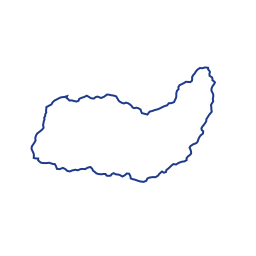 Benedito Novo, Santa Catarina, Brazil, rotated 65°
{"feature_id": "56859067B31440957886424", "entity_name": "Benedito Novo", "entity_type": "district", "adm_level": 2, "iso_a3": "BRA", "parent_name": "Brazil", "parent_adm1": "Santa Catarina", "projection": "equal_earth", "projection_center": [-49.441, -26.794], "detail": "fine", "context": "isolated", "style": "outline", "palette": "blue", "viewbox_px": 256, "rotation_deg": 65, "n_neighbors": 0, "source": "geoboundaries", "source_scale": "gbopen_adm2", "svg_char_len": 2879}
<svg xmlns="http://www.w3.org/2000/svg" viewBox="0 0 256 256"><g transform="rotate(65 128 128)"><path d="M135.0,209.7L136.4,207.3L136.6,203.9L138.7,202.2L141.3,201.1L142.8,199.0L142.9,196.4L143.6,193.3L145.1,191.4L145.2,188.3L146.1,186.0L147.2,184.2L146.9,181.8L147.4,178.6L149.6,177.7L151.9,177.7L154.1,176.5L155.8,175.8L157.3,174.1L158.7,171.7L159.4,169.4L160.2,167.8L162.0,167.6L163.1,166.0L163.8,163.8L162.9,162.2L162.9,160.1L165.1,158.3L166.1,156.4L167.4,155.1L169.6,153.6L169.5,150.8L168.7,148.5L169.9,146.3L172.6,146.2L174.9,146.8L176.3,145.5L177.4,143.9L179.0,142.3L180.5,140.8L182.1,138.8L183.4,136.6L183.6,133.7L182.0,131.9L182.0,129.4L183.0,126.2L184.2,123.9L183.9,121.0L182.8,119.0L181.8,115.6L183.7,114.3L183.9,112.1L182.4,111.1L181.7,108.3L180.9,105.9L180.3,104.0L179.9,102.0L181.4,99.9L181.0,96.9L181.3,93.5L182.1,91.0L181.9,88.4L180.1,87.7L179.1,85.7L178.7,83.5L177.9,81.6L175.9,80.8L173.9,80.5L171.8,80.5L170.8,79.0L170.3,75.8L170.6,72.5L169.8,70.7L168.1,69.1L166.6,67.4L165.4,65.3L164.7,62.4L162.7,61.2L161.0,62.0L159.3,61.6L158.1,59.9L156.9,57.3L155.1,54.4L153.0,53.1L151.6,50.8L150.4,49.0L149.6,47.3L148.6,45.2L146.4,44.6L144.1,43.6L142.3,43.1L141.2,41.7L140.0,39.6L137.6,38.9L135.5,37.4L133.7,36.6L131.9,36.5L129.4,36.6L127.4,35.5L125.9,33.8L124.7,31.6L123.4,29.9L121.7,30.5L120.4,31.3L119.0,30.6L117.5,30.5L115.2,32.0L113.3,31.3L111.9,30.1L110.4,30.1L108.9,30.6L107.3,30.0L105.7,32.5L105.2,35.4L104.0,37.6L104.5,40.5L105.6,42.8L106.7,44.4L107.7,46.7L109.1,48.5L110.7,49.1L112.3,50.2L112.7,52.2L111.7,54.0L110.6,56.0L110.9,58.1L111.0,61.2L111.0,63.3L112.3,65.1L114.1,65.7L115.0,67.9L117.0,69.6L118.4,70.2L119.8,70.9L121.1,71.9L122.4,73.5L124.0,75.3L123.8,78.2L122.8,80.5L124.0,83.0L123.6,85.5L123.6,88.2L123.7,91.3L123.6,93.4L123.1,95.8L122.8,99.1L122.3,101.5L124.0,104.7L120.4,109.1L118.5,109.1L116.6,108.8L114.5,110.2L113.1,111.9L112.6,114.1L111.2,115.2L109.2,115.5L107.4,116.3L105.7,117.4L104.2,119.1L104.0,121.4L102.6,122.9L101.0,124.1L99.3,124.9L97.0,125.1L94.3,125.4L92.4,127.5L91.0,129.7L89.8,131.1L88.8,132.9L89.6,136.6L89.4,139.8L87.9,141.1L86.7,142.3L86.3,144.1L86.9,146.6L85.3,149.0L83.3,150.3L81.3,151.7L81.4,154.6L81.0,157.3L81.0,159.9L82.4,161.3L82.3,163.4L80.9,165.3L79.2,167.3L78.3,169.5L76.5,170.1L74.7,171.0L73.4,169.7L73.0,172.6L72.3,174.4L71.8,176.5L71.9,178.8L72.0,181.0L72.1,183.1L72.9,185.6L74.3,187.4L74.4,190.4L74.6,193.2L76.2,194.0L77.9,195.1L79.4,195.5L80.6,197.2L82.3,198.1L83.2,199.6L84.8,200.0L86.1,201.3L87.5,202.3L89.4,203.7L92.1,204.4L93.1,206.3L93.8,208.9L94.6,212.6L95.9,214.5L97.9,216.3L100.2,217.0L101.7,219.0L102.6,220.5L104.1,223.0L106.3,224.3L107.7,224.3L109.3,224.3L111.0,224.3L113.0,224.8L115.3,226.1L116.7,224.3L117.7,222.3L119.3,223.1L121.0,222.4L122.6,221.6L124.2,219.2L125.5,216.3L126.2,214.1L127.4,212.8L128.7,211.5L129.8,209.6L132.3,209.4L135.0,209.7Z" fill="none" stroke="#1e3a8a" stroke-width="2"/></g></svg>